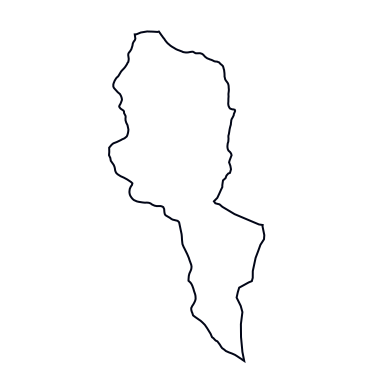 the district of Drametse, Tashigang, Bhutan, rotated 204°
{"feature_id": "84629894B36309524105984", "entity_name": "Drametse", "entity_type": "district", "adm_level": 2, "iso_a3": "BTN", "parent_name": "Bhutan", "parent_adm1": "Tashigang", "projection": "orthographic", "projection_center": [91.464, 27.347], "detail": "fine", "context": "isolated", "style": "outline", "palette": "ink", "viewbox_px": 384, "rotation_deg": 204, "n_neighbors": 0, "source": "geoboundaries", "source_scale": "gbopen_adm2", "svg_char_len": 4253}
<svg xmlns="http://www.w3.org/2000/svg" viewBox="0 0 384 384"><g transform="rotate(204 192 192)"><path d="M114.0,190.6L117.6,189.6L144.1,189.1L158.2,190.8L161.8,191.9L164.7,191.4L166.1,191.2L168.2,192.4L166.5,196.9L166.4,201.4L166.4,206.1L166.3,208.8L167.1,210.6L168.4,215.2L167.0,218.3L167.2,221.0L166.4,223.6L165.1,224.9L165.6,228.6L167.6,231.5L170.2,234.2L170.5,236.3L170.8,241.7L171.9,243.0L173.3,243.9L175.6,244.7L176.9,245.9L177.7,247.1L178.3,248.3L179.1,250.8L179.3,252.7L180.3,255.5L181.0,256.8L181.6,258.1L181.9,260.0L182.8,263.4L183.1,264.5L183.4,265.9L183.7,267.6L183.9,269.2L184.6,271.3L184.9,272.4L185.3,273.6L185.4,275.1L185.2,276.5L185.1,279.0L185.5,280.4L185.5,282.5L185.6,283.6L186.4,284.5L187.8,284.3L188.8,283.9L191.0,283.7L192.1,284.2L193.7,285.6L194.8,287.3L195.6,289.5L196.3,291.1L196.8,292.3L197.4,294.0L198.0,295.2L198.6,296.4L199.2,298.4L199.6,299.6L200.1,300.8L200.8,302.0L201.7,303.8L202.4,304.8L203.3,305.8L204.9,306.8L206.2,307.5L207.4,308.3L208.6,309.9L209.3,310.8L209.7,311.8L210.2,312.8L210.7,313.8L211.6,315.3L212.3,316.5L213.2,317.5L214.2,318.8L215.0,319.6L216.6,320.2L217.8,320.5L218.9,320.9L219.8,321.4L222.1,321.3L223.5,320.8L224.7,320.5L226.7,320.6L228.0,320.6L229.7,320.4L230.9,320.4L232.4,320.3L233.9,320.6L235.1,320.9L236.0,321.3L237.6,322.0L239.0,322.3L240.9,322.1L241.9,321.7L242.9,321.2L243.9,320.7L245.3,320.2L246.9,320.4L248.2,320.5L249.1,320.1L250.4,319.3L252.4,317.9L254.2,317.0L256.3,316.4L257.5,316.2L258.5,316.3L259.6,316.2L261.6,316.1L262.7,316.0L264.7,316.0L266.2,316.2L267.7,316.4L268.9,316.5L271.2,316.9L273.5,317.6L274.6,317.9L276.2,318.6L278.3,319.7L279.1,320.3L280.4,321.0L281.3,321.4L282.2,322.0L284.0,323.0L285.3,323.8L287.5,325.1L288.6,324.2L292.9,322.6L298.3,320.4L303.6,316.9L305.9,314.5L307.0,313.4L308.4,312.7L306.1,309.0L306.0,307.2L306.4,305.9L306.5,303.7L305.9,301.4L305.5,297.8L305.7,296.2L305.9,295.0L306.3,293.8L306.4,292.6L306.0,291.2L304.0,288.0L303.6,286.9L303.1,284.9L303.4,283.7L303.4,282.2L303.9,279.1L304.3,277.6L305.4,274.5L305.8,273.1L306.3,268.9L306.5,267.6L307.3,265.9L307.6,264.7L307.9,262.2L307.8,259.4L307.6,258.2L306.8,256.4L305.9,255.5L305.0,255.0L300.5,253.0L299.2,252.6L297.7,252.2L296.1,251.0L294.8,249.7L293.7,248.2L293.4,247.3L293.2,243.6L293.4,242.2L293.4,240.7L292.7,239.9L291.1,239.1L287.7,238.5L286.9,237.9L286.1,236.4L284.7,235.3L283.7,234.5L283.1,233.5L282.8,232.4L281.9,230.5L280.3,228.6L278.1,226.8L275.5,223.2L275.0,221.8L274.5,219.9L274.2,217.7L274.2,216.2L275.5,213.6L277.4,211.5L278.1,210.5L281.0,207.1L283.6,204.5L284.1,203.6L284.7,202.3L285.4,199.8L285.7,198.8L284.8,196.9L283.9,195.0L282.8,191.9L281.8,191.0L280.5,189.9L278.9,187.5L275.2,185.3L274.3,184.7L272.9,183.3L272.0,182.1L271.0,180.5L270.1,179.5L268.8,178.5L267.0,177.9L263.6,177.4L260.2,177.4L257.6,177.2L256.3,177.1L251.6,176.3L250.0,175.7L249.7,174.0L250.1,172.1L250.1,169.5L249.6,167.8L249.2,166.6L248.7,165.7L247.7,164.3L246.6,163.3L244.9,162.2L243.2,161.4L241.7,161.0L238.5,161.0L236.9,161.3L233.1,162.3L230.9,163.0L228.8,164.0L227.0,164.6L225.2,164.7L223.3,164.3L220.6,164.3L218.4,164.8L216.7,165.6L214.9,166.4L213.4,166.6L212.1,166.5L210.5,165.1L209.1,162.5L208.0,160.9L207.1,160.2L206.1,159.9L201.6,159.4L199.9,159.0L198.5,158.9L193.4,159.8L191.5,159.1L190.6,157.9L184.4,149.3L183.3,147.4L181.6,144.1L180.1,141.5L179.4,140.4L177.4,138.5L175.9,137.3L171.1,133.3L168.0,130.4L166.7,128.9L163.1,125.2L162.1,123.7L161.6,122.3L161.3,121.1L161.2,119.7L161.2,116.4L160.8,114.1L160.0,111.8L159.6,110.7L159.1,109.5L156.8,108.7L155.8,108.2L154.8,107.5L153.6,106.5L151.4,104.2L149.9,102.4L147.5,99.8L146.5,98.4L145.2,95.8L144.9,94.0L144.9,92.1L145.1,89.7L145.4,88.2L145.5,85.7L144.7,84.0L143.5,82.5L142.5,81.6L140.8,79.7L138.2,79.1L133.6,78.2L131.9,77.9L129.4,77.1L126.3,75.9L122.7,73.7L119.5,71.5L118.3,70.7L117.3,70.0L115.6,68.4L114.6,67.5L113.0,67.2L111.0,66.3L109.8,65.9L108.1,65.9L104.5,63.9L102.5,62.5L100.9,61.6L98.8,61.2L96.3,60.5L94.6,60.5L93.0,60.5L89.8,60.7L86.5,60.7L83.7,60.3L75.6,58.9L80.9,66.4L88.2,79.4L93.6,91.2L97.1,102.8L101.2,107.8L108.3,113.7L109.4,119.1L110.0,123.8L107.1,127.6L103.4,132.5L101.1,134.9L101.6,138.3L104.3,144.5L107.1,157.7L107.5,164.7L108.0,171.6L107.0,178.1L108.4,182.0L113.6,189.3L114.0,190.6Z" fill="none" stroke="#020617" stroke-width="2"/></g></svg>